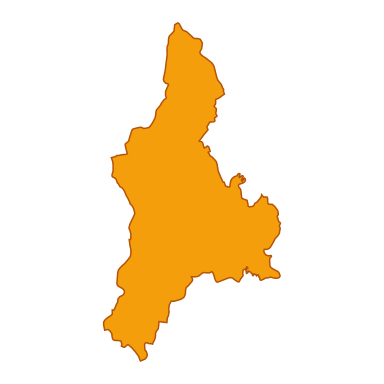 the district of Lang Son, Lạng Sơn, Vietnam
{"feature_id": "81297802B21506651579478", "entity_name": "Lang Son", "entity_type": "district", "adm_level": 2, "iso_a3": "VNM", "parent_name": "Vietnam", "parent_adm1": "Lạng Sơn", "projection": "equal_earth", "projection_center": [106.757, 21.855], "detail": "fine", "context": "isolated", "style": "filled", "palette": "amber", "viewbox_px": 384, "rotation_deg": 0, "n_neighbors": 0, "source": "geoboundaries", "source_scale": "gbopen_adm2", "svg_char_len": 6072}
<svg xmlns="http://www.w3.org/2000/svg" viewBox="0 0 384 384"><path d="M140.6,361.0L145.1,359.0L146.0,358.1L147.0,356.3L147.2,354.7L146.8,352.9L146.2,351.3L145.3,350.4L144.8,349.4L144.6,344.5L145.1,343.4L145.9,342.7L146.6,342.7L148.6,343.5L151.7,343.8L152.6,344.1L153.1,342.5L154.3,340.4L155.3,337.5L155.6,333.1L156.2,331.5L158.2,328.8L158.7,325.7L158.9,321.6L166.9,322.6L167.3,318.0L168.5,315.5L168.7,313.4L169.1,312.0L168.7,309.1L169.3,304.8L171.3,301.0L173.8,301.3L179.3,299.8L181.9,298.8L184.0,297.2L185.3,294.1L185.6,290.1L186.2,287.6L188.3,285.7L192.2,281.1L192.6,279.8L192.3,278.4L191.6,277.2L191.4,276.7L195.3,276.8L197.2,276.6L198.9,275.9L202.3,273.1L203.8,272.6L204.4,272.5L205.8,272.8L209.5,272.9L210.2,272.6L211.0,272.1L211.8,271.8L212.2,271.8L213.4,274.0L214.0,275.7L214.9,278.9L215.4,280.1L216.0,281.3L216.7,281.9L217.1,282.1L217.8,282.1L228.1,278.1L229.1,277.8L230.8,277.6L232.4,278.0L235.5,280.4L238.1,281.9L238.7,281.9L239.2,281.6L240.9,278.5L243.1,275.6L242.8,273.7L242.8,271.8L243.1,270.5L243.7,269.6L245.4,269.1L245.8,268.5L246.6,267.0L246.9,266.8L247.7,267.4L247.8,268.0L247.5,268.0L247.2,268.2L246.0,270.1L245.9,270.7L246.3,271.9L246.4,273.0L246.5,273.4L246.9,273.3L247.2,272.9L247.9,272.7L248.0,272.5L247.9,271.3L248.1,271.1L248.5,271.1L250.6,272.2L251.0,272.6L251.3,273.3L251.8,273.6L252.3,273.7L252.5,275.2L252.7,275.6L253.0,275.7L253.3,275.3L253.9,274.1L254.1,273.9L254.8,274.6L255.1,274.7L255.8,274.5L256.2,274.9L256.5,275.9L256.6,276.0L257.0,275.6L257.5,274.9L258.2,274.9L258.5,275.2L258.9,277.0L259.6,277.6L259.7,278.1L259.7,278.8L259.9,279.5L260.3,280.0L261.0,280.3L263.4,279.3L265.3,278.2L266.1,277.9L267.1,277.8L267.9,277.9L268.4,277.8L269.8,277.2L270.9,277.2L274.3,278.1L275.9,278.3L278.1,278.0L279.2,277.5L280.0,276.3L280.0,275.4L279.0,272.8L277.9,271.5L277.0,271.1L272.6,268.7L271.1,267.6L270.2,266.6L269.9,265.4L269.6,259.7L269.8,258.6L270.3,257.7L271.3,256.7L271.5,256.1L271.2,255.6L270.6,255.5L269.3,255.7L268.1,255.8L267.1,255.5L266.0,254.9L265.0,253.9L264.1,252.2L263.9,251.0L264.1,249.4L264.3,249.3L265.9,249.4L267.0,249.3L267.8,249.1L268.9,248.5L270.1,247.6L271.4,245.6L273.7,241.5L274.6,239.6L275.3,238.5L277.6,236.0L278.8,234.3L279.4,233.2L279.5,232.7L279.6,231.3L280.2,228.7L280.0,227.8L279.5,226.5L279.5,225.6L279.5,225.2L279.7,224.8L280.2,224.0L280.4,223.6L280.4,223.2L280.2,222.7L279.9,222.4L279.3,222.0L278.5,220.9L278.2,220.1L277.9,218.3L277.3,217.2L277.2,216.2L277.4,215.8L278.2,214.9L278.3,214.0L278.2,213.0L277.9,211.3L277.1,209.6L274.6,206.3L272.1,204.3L269.7,204.3L269.0,204.2L267.9,203.2L267.6,200.9L267.7,199.1L267.3,197.2L265.5,196.9L264.2,197.2L263.4,196.8L261.6,194.7L261.5,196.0L260.3,198.1L256.8,202.3L255.0,203.2L254.2,204.7L253.2,206.2L249.6,206.9L248.2,206.3L247.8,203.3L247.1,200.3L241.9,198.4L241.5,196.4L241.1,192.2L240.6,189.2L238.9,187.3L238.6,186.0L238.6,185.0L238.9,184.4L242.6,183.2L244.5,182.0L245.3,180.7L245.4,179.8L245.2,178.7L244.5,178.2L243.8,178.7L242.1,181.3L241.5,180.6L241.4,180.0L243.0,177.3L243.2,176.4L242.7,175.7L241.9,175.6L240.9,176.6L239.6,177.6L239.3,177.5L239.1,176.8L239.5,175.6L240.0,174.6L240.0,173.9L239.4,173.6L238.3,173.8L236.7,175.9L234.4,176.7L232.2,178.4L230.8,180.6L230.3,183.1L229.8,186.8L228.2,187.2L227.2,186.4L225.7,186.3L224.1,182.1L223.0,182.0L221.1,178.0L218.5,171.8L217.9,169.7L217.2,164.6L216.3,161.7L214.8,159.8L212.0,156.9L209.9,155.7L209.7,154.9L208.2,152.3L209.4,151.8L210.1,151.4L210.0,150.4L208.6,146.7L207.4,146.0L204.5,148.0L204.0,147.6L202.6,142.7L201.6,141.7L199.2,141.2L199.4,140.6L201.9,137.5L203.7,134.9L208.0,129.8L206.9,127.2L207.2,126.4L209.7,122.2L213.7,121.8L214.7,121.3L214.9,120.7L214.5,118.2L215.1,117.5L216.4,116.7L217.0,116.0L216.7,115.2L215.9,113.8L215.8,112.9L216.3,110.6L216.3,108.6L214.5,106.9L214.1,106.1L214.8,105.3L215.5,104.1L215.7,102.4L215.6,100.9L215.7,99.5L218.3,98.4L220.9,96.7L222.3,95.5L224.4,94.2L224.2,93.4L223.8,92.4L223.5,91.1L223.6,89.3L222.8,88.2L221.2,84.3L218.1,80.5L216.9,78.0L214.6,68.6L213.8,65.9L212.1,63.2L207.3,59.2L202.2,55.7L200.4,53.8L199.9,52.7L200.1,51.4L201.6,48.8L202.3,43.7L202.2,42.6L200.9,40.5L200.3,39.3L197.6,38.5L194.5,38.5L193.3,38.0L192.1,36.6L186.5,31.6L183.1,30.3L182.0,29.1L180.7,26.5L179.2,23.8L178.5,23.1L177.6,23.0L176.0,23.9L174.7,24.8L174.0,31.0L172.8,32.5L169.3,36.1L168.6,38.4L168.3,43.7L167.2,46.7L167.0,49.9L167.2,54.5L166.6,59.2L165.2,70.6L163.4,79.0L163.8,81.0L165.5,83.1L167.7,83.9L168.5,84.4L168.3,85.2L165.6,91.2L165.5,95.3L166.3,97.5L166.0,98.3L164.0,99.8L161.6,102.9L160.1,105.6L158.6,107.5L156.6,109.8L156.0,111.6L155.6,115.4L155.0,118.2L152.3,123.2L150.5,125.8L149.1,127.4L146.0,128.2L143.5,128.4L141.1,127.2L137.9,127.7L133.3,128.9L132.2,129.7L131.6,131.1L129.7,137.2L129.2,138.7L128.9,140.4L128.4,141.4L125.5,143.7L125.2,144.5L125.2,145.3L126.5,150.9L127.4,153.8L125.7,154.4L121.2,154.8L119.0,155.5L117.2,155.4L116.7,155.6L115.6,156.4L114.8,156.8L111.3,157.6L112.8,161.9L113.1,165.2L113.1,170.9L112.2,174.0L112.0,175.1L112.0,175.9L112.4,176.8L113.2,177.3L114.6,177.9L115.8,178.9L116.6,180.5L117.2,182.7L118.4,183.9L119.9,186.6L122.1,187.9L123.5,189.6L124.9,192.0L125.9,194.8L128.4,199.3L129.3,201.3L129.8,202.6L130.1,203.8L132.2,205.9L133.1,207.5L134.1,210.4L134.6,212.4L134.7,213.8L134.3,214.9L132.6,218.4L129.8,224.4L129.0,227.7L129.1,228.6L130.2,231.3L130.9,234.5L130.8,237.8L130.5,239.5L130.0,239.7L129.2,239.6L129.9,245.2L130.9,249.6L130.9,252.7L130.4,256.4L127.6,260.1L124.9,263.3L122.7,265.2L120.1,267.8L118.4,270.1L117.7,272.9L117.1,280.7L116.9,282.7L117.2,284.9L118.4,286.3L120.7,287.5L122.8,288.8L124.4,290.8L124.4,293.0L122.7,295.3L119.7,296.7L117.9,299.2L117.7,301.9L116.4,304.4L115.1,307.7L113.8,310.1L112.2,310.0L112.3,314.1L110.7,315.7L107.7,317.6L105.4,319.5L103.7,321.9L103.6,324.7L104.7,330.2L107.8,329.5L109.0,330.1L110.1,331.2L111.5,333.1L111.9,333.9L111.9,335.2L112.3,337.8L113.0,339.5L114.5,340.4L118.7,340.6L120.7,340.9L121.1,341.7L121.8,344.0L121.4,346.2L123.4,347.1L124.3,347.3L125.5,346.5L127.6,344.7L128.4,344.8L131.9,347.8L135.5,352.0L138.3,355.8L139.3,358.1L139.8,359.9L140.6,361.0Z" fill="#f59e0b" stroke="#b45309" stroke-width="1.5"/></svg>